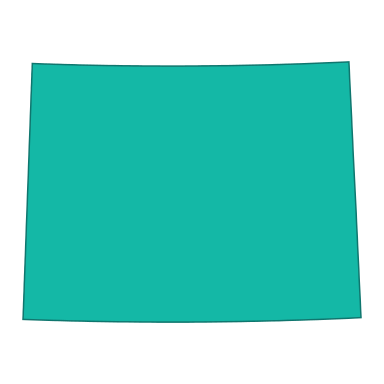 map outline of Wyoming (Albers equal-area conic projection)
{"feature_id": "USA-3527", "entity_name": "Wyoming", "entity_type": "State", "adm_level": 1, "iso_a3": "USA", "parent_name": "United States of America", "parent_adm1": "", "projection": "albers", "projection_center": [-107.983, 43.0], "detail": "fine", "context": "isolated", "style": "filled", "palette": "teal", "viewbox_px": 384, "rotation_deg": 0, "n_neighbors": 0, "source": "natural_earth", "source_scale": "10m", "svg_char_len": 2319}
<svg xmlns="http://www.w3.org/2000/svg" viewBox="0 0 384 384"><path d="M23.0,319.4L23.2,315.4L23.3,311.4L23.5,307.4L23.6,303.4L23.8,299.4L23.9,295.4L24.1,291.4L24.2,287.4L24.3,283.4L24.5,279.4L24.6,275.4L24.8,271.4L24.9,267.4L25.1,263.4L25.2,259.4L25.4,255.4L25.7,245.4L26.1,235.5L26.4,225.5L26.8,215.5L27.2,205.5L27.5,195.5L27.9,185.5L28.3,175.5L28.6,165.5L29.0,155.6L29.3,145.6L29.7,135.6L30.1,125.6L30.4,115.6L30.8,105.6L31.1,95.6L31.2,93.7L31.3,91.8L31.4,89.8L31.4,87.9L31.5,85.9L31.6,84.0L31.7,82.0L31.7,80.1L31.8,78.2L31.9,76.2L31.9,74.3L32.0,72.3L32.1,70.4L32.2,68.5L32.2,66.5L32.3,64.6L32.3,63.5L34.6,63.6L39.6,63.8L44.5,64.0L49.4,64.1L54.3,64.3L59.2,64.4L64.2,64.6L69.1,64.7L74.0,64.8L78.9,65.0L83.9,65.1L88.8,65.2L93.7,65.3L98.6,65.4L103.6,65.5L108.5,65.6L113.4,65.6L118.3,65.7L123.3,65.8L128.2,65.8L133.1,65.9L138.0,65.9L143.0,66.0L147.9,66.0L152.8,66.0L157.7,66.0L162.7,66.1L167.6,66.1L172.5,66.1L177.4,66.1L182.4,66.1L187.3,66.0L192.2,66.0L197.1,66.0L202.1,65.9L207.0,65.9L211.9,65.8L216.8,65.8L221.8,65.7L226.7,65.7L231.6,65.6L236.5,65.5L241.5,65.4L246.4,65.3L251.3,65.2L256.2,65.1L261.1,65.0L266.1,64.9L271.0,64.8L275.9,64.6L280.8,64.5L285.8,64.3L290.7,64.2L295.6,64.0L300.5,63.9L305.5,63.7L310.4,63.5L315.3,63.3L320.2,63.1L325.1,62.9L330.1,62.7L335.0,62.5L339.9,62.3L344.8,62.1L348.9,61.9L349.3,69.9L349.6,78.0L350.0,85.8L350.4,93.9L350.8,101.9L351.2,109.8L351.6,117.8L351.9,125.8L352.3,133.8L352.7,141.8L353.0,149.8L353.4,157.8L353.8,165.8L354.2,173.8L354.6,181.8L355.0,189.8L355.4,197.7L355.8,205.7L356.2,213.7L356.5,221.7L356.9,229.7L357.3,237.7L357.6,245.7L358.0,253.7L358.4,261.7L358.8,269.7L359.1,277.7L359.5,285.7L359.9,293.7L360.3,301.7L360.6,309.7L361.0,317.6L354.9,317.9L347.4,318.3L339.8,318.6L332.2,318.9L324.6,319.2L317.0,319.5L309.5,319.7L301.9,320.0L294.3,320.2L286.7,320.4L279.1,320.7L271.5,320.8L264.0,321.0L256.4,321.2L248.8,321.3L241.2,321.5L233.6,321.6L226.0,321.7L218.4,321.8L210.9,321.9L203.3,322.0L195.7,322.0L188.1,322.1L180.5,322.1L172.9,322.1L165.3,322.1L157.7,322.1L150.2,322.0L142.6,322.0L135.0,321.9L127.4,321.8L119.8,321.8L113.8,321.7L107.7,321.6L101.7,321.5L95.6,321.4L89.6,321.3L83.5,321.1L77.5,321.0L71.4,320.9L65.4,320.7L59.3,320.5L53.3,320.4L47.2,320.2L41.2,320.0L35.1,319.8L29.1,319.6L23.0,319.4L23.0,319.4Z" fill="#14b8a6" stroke="#0f766e" stroke-width="1.5"/></svg>